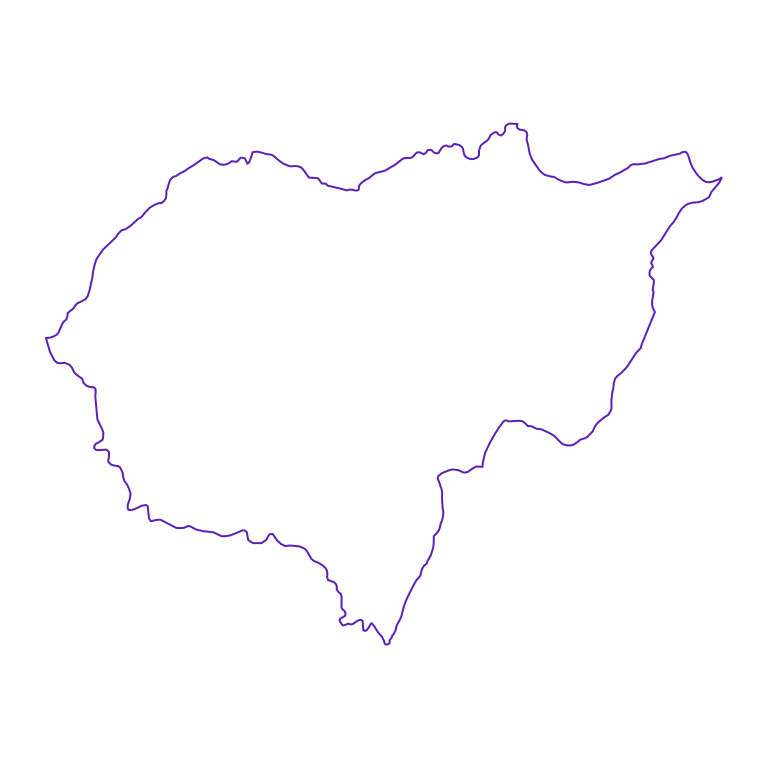 Tununguá, Boyacá, Colombia
{"feature_id": "7082276B59200745530827", "entity_name": "Tununguá", "entity_type": "district", "adm_level": 2, "iso_a3": "COL", "parent_name": "Colombia", "parent_adm1": "Boyacá", "projection": "natural_earth1", "projection_center": [-73.937, 5.716], "detail": "fine", "context": "isolated", "style": "outline", "palette": "violet", "viewbox_px": 768, "rotation_deg": 0, "n_neighbors": 0, "source": "geoboundaries", "source_scale": "gbopen_adm2", "svg_char_len": 6079}
<svg xmlns="http://www.w3.org/2000/svg" viewBox="0 0 768 768"><path d="M341.6,596.3L341.5,607.3L342.4,609.3L344.2,610.7L345.1,611.9L345.5,614.1L345.0,615.9L340.3,618.6L339.6,620.1L340.1,621.9L342.7,625.4L344.1,625.3L348.1,623.7L350.7,624.4L352.8,624.0L357.0,621.1L359.6,619.9L361.0,619.9L362.6,620.8L363.3,630.2L365.2,631.0L366.9,630.0L368.5,627.9L370.7,624.0L371.6,623.3L372.5,624.0L374.4,626.5L377.8,632.0L382.0,636.8L384.0,640.9L384.6,643.3L385.4,644.4L387.9,644.4L389.6,643.1L389.6,640.3L391.7,637.5L392.4,635.4L393.6,634.3L394.7,632.0L395.9,629.5L396.1,627.4L397.3,624.3L401.0,617.5L404.0,606.1L406.8,598.6L415.0,582.5L417.1,579.2L418.4,578.3L420.4,575.5L421.8,569.5L423.1,567.1L423.9,565.8L426.7,563.6L427.4,561.1L429.1,558.4L431.0,554.8L433.3,547.4L433.7,543.1L433.8,536.9L434.1,535.7L436.9,533.0L438.9,530.3L439.7,528.0L440.6,523.9L442.0,520.6L443.1,515.7L443.4,512.7L442.5,506.7L442.0,496.9L442.2,492.1L441.3,488.0L440.3,486.3L440.0,484.4L438.1,479.5L437.7,477.6L438.2,476.2L441.3,473.6L443.2,472.6L448.5,470.5L452.0,469.5L452.9,469.4L458.5,470.2L463.0,472.3L465.1,472.6L467.9,471.8L472.4,468.6L476.3,466.5L482.3,466.8L483.1,461.4L485.1,452.8L490.3,442.0L495.1,433.6L498.7,428.0L503.3,421.6L504.8,420.6L506.4,420.4L508.7,421.4L518.3,420.8L521.2,421.0L523.2,421.7L525.4,423.5L527.6,425.9L532.0,426.4L536.3,428.7L541.1,429.2L548.6,432.6L554.1,435.8L561.4,443.1L563.0,444.3L568.0,445.5L571.3,445.3L573.9,444.5L578.0,441.7L580.0,439.8L585.2,438.1L587.2,437.0L592.7,431.4L594.5,427.2L595.9,425.0L597.9,422.7L604.0,417.5L608.4,414.7L610.3,411.5L611.5,408.6L611.4,400.1L612.3,392.3L613.3,388.5L613.9,382.7L615.2,378.6L617.2,376.1L621.6,372.6L625.4,368.7L628.1,365.2L636.1,352.9L640.8,348.0L641.7,344.4L654.9,312.0L653.5,309.4L652.6,307.0L652.1,304.5L652.1,301.2L653.6,292.1L652.7,289.6L654.0,281.8L653.8,279.9L650.3,276.5L649.6,275.0L649.5,272.3L650.2,270.0L650.9,268.9L652.8,267.1L652.6,265.7L651.2,263.1L651.7,261.5L653.2,259.1L653.4,257.8L652.7,256.4L651.8,255.6L650.9,253.3L651.2,251.2L652.3,249.6L661.1,240.3L668.1,229.0L670.3,225.8L673.8,221.8L677.6,215.7L678.5,213.5L682.0,208.4L685.9,205.1L687.9,203.9L692.4,202.7L698.5,202.2L702.6,200.9L709.1,197.2L711.5,191.8L719.2,182.8L721.9,177.2L719.8,178.9L712.1,181.8L708.8,182.3L705.7,181.8L702.6,180.0L699.4,177.0L696.5,173.7L692.5,167.6L690.2,162.0L688.0,154.9L686.5,152.6L685.2,151.9L683.4,151.9L681.7,152.5L679.7,153.7L669.9,155.8L663.8,158.4L660.3,158.7L645.3,163.4L637.5,164.4L633.6,164.2L630.9,165.0L628.1,167.8L619.4,172.9L614.7,174.9L609.1,178.7L597.8,182.7L590.9,184.6L588.8,184.9L583.7,184.0L580.0,182.7L575.9,182.0L572.8,181.8L567.1,182.4L564.7,182.2L558.3,179.5L553.9,176.8L552.0,176.8L545.0,175.0L541.8,172.6L539.3,170.1L532.1,159.7L529.7,153.6L527.9,144.3L526.9,140.9L526.6,138.7L527.3,135.2L526.5,132.0L525.3,130.9L523.7,130.2L519.7,129.6L517.7,128.3L516.9,126.6L517.3,124.0L511.3,123.6L509.3,123.6L507.7,124.3L506.0,125.6L505.1,127.1L505.2,130.8L503.0,134.2L501.0,135.5L498.2,134.4L497.6,133.1L496.5,132.2L495.1,132.2L493.8,132.7L490.8,134.8L488.7,138.7L487.3,140.5L483.3,143.3L480.6,145.8L479.0,150.6L479.0,155.2L478.1,156.7L476.8,157.8L474.0,158.9L470.8,159.1L467.2,157.9L465.3,156.4L464.0,154.0L463.0,149.0L462.1,147.1L459.2,145.0L455.4,144.1L454.1,144.0L451.7,146.4L448.4,146.6L446.6,145.6L445.2,145.6L443.4,146.4L441.8,147.7L438.5,153.0L436.9,153.5L434.0,152.6L431.4,150.0L429.9,149.8L428.2,150.0L427.0,151.1L426.2,152.6L425.0,153.5L423.4,154.1L420.3,152.6L418.4,152.2L416.9,152.6L415.5,153.6L414.1,155.7L412.4,157.1L410.8,157.9L404.3,158.1L401.6,159.6L395.9,164.2L385.0,170.7L375.5,173.1L373.6,174.3L368.9,178.1L365.2,180.1L361.7,182.7L359.6,184.8L359.0,186.8L358.7,189.7L357.0,190.6L354.6,190.4L352.1,189.7L349.4,189.7L346.7,190.4L340.4,188.6L327.8,185.7L326.4,184.2L324.9,183.5L322.6,183.7L321.6,183.1L318.7,179.2L317.4,178.1L308.9,177.6L304.2,170.9L301.4,167.7L298.7,166.4L294.9,166.0L291.9,166.4L289.2,166.1L283.1,163.5L279.7,161.1L272.8,155.4L270.3,154.5L265.9,154.0L262.0,152.7L257.3,151.7L254.1,151.9L252.5,152.3L251.6,155.8L249.1,162.5L247.3,163.6L244.9,158.4L242.9,157.8L240.9,157.8L239.2,159.0L238.1,160.8L236.4,161.8L231.7,161.2L229.7,162.7L226.5,164.3L223.4,164.8L219.7,164.2L215.0,160.8L212.9,159.8L209.5,159.0L207.3,157.4L203.3,158.4L194.9,164.4L188.8,168.1L184.2,171.3L179.4,173.7L176.2,176.0L173.1,176.9L170.3,179.7L168.6,184.2L167.7,187.9L166.4,191.1L166.4,194.1L165.9,198.4L164.0,201.0L161.6,203.1L158.6,203.1L153.8,205.3L149.9,207.6L145.3,212.3L141.6,216.9L137.5,219.4L130.7,225.7L125.7,229.1L121.4,230.4L118.1,233.8L116.1,237.1L102.9,249.7L96.4,259.2L94.4,265.6L93.1,271.6L92.5,276.8L89.6,290.1L87.9,295.7L85.5,299.2L81.3,301.5L77.4,303.2L75.0,306.0L73.1,308.8L70.3,310.8L67.7,313.1L67.4,316.3L66.4,319.3L64.0,321.5L62.4,323.6L58.5,332.5L56.6,334.8L53.9,336.3L50.3,337.6L46.1,338.0L46.9,341.5L50.1,352.1L54.3,360.2L57.0,362.7L60.2,363.3L64.7,362.9L68.1,364.1L70.2,365.4L72.3,368.3L74.0,372.1L75.7,374.0L82.2,378.9L83.6,382.9L86.1,385.5L90.2,387.1L93.6,387.2L95.4,388.8L95.7,391.8L95.3,396.6L97.4,419.4L101.8,428.5L103.3,432.2L103.2,436.2L102.6,439.7L99.0,442.2L96.0,443.7L94.6,445.4L94.1,447.9L95.6,449.6L97.5,450.2L106.1,449.6L107.6,450.6L108.9,451.8L109.1,456.3L108.2,460.3L108.6,462.1L110.9,464.5L113.6,465.4L118.6,466.3L120.1,467.5L122.5,472.4L123.3,477.4L124.3,480.8L127.2,484.9L129.0,488.7L130.6,493.7L129.9,498.6L127.9,504.4L127.6,507.8L128.5,509.8L131.4,510.1L135.5,508.7L141.8,505.7L146.0,505.0L147.7,506.3L149.0,518.3L150.8,521.2L157.3,519.8L160.7,519.8L176.2,527.9L180.1,528.1L184.2,527.8L188.2,526.0L190.4,526.4L195.7,529.4L203.1,531.2L213.0,532.2L221.6,536.2L225.0,536.2L230.7,535.3L243.0,530.2L244.9,530.6L246.8,532.1L248.1,539.7L250.5,541.7L253.4,543.1L261.3,543.1L264.4,541.3L266.2,539.9L268.8,535.2L270.4,534.0L272.8,534.1L277.3,540.7L281.0,544.0L285.4,546.1L289.7,545.5L298.9,546.3L302.3,547.5L304.9,548.9L307.2,551.6L311.4,558.9L314.1,561.1L318.2,562.7L322.2,565.1L325.2,567.6L327.0,571.0L327.4,574.4L327.1,577.5L328.2,580.1L334.0,582.2L335.5,583.6L336.7,585.8L336.8,589.7L338.4,591.9L340.8,593.8L341.6,596.3Z" fill="none" stroke="#5b21b6" stroke-width="2"/></svg>